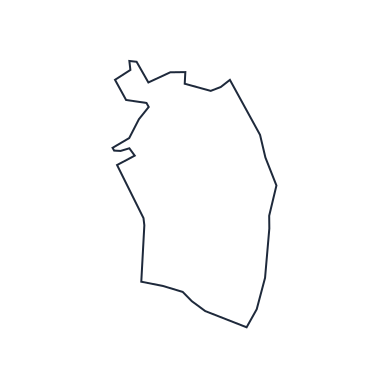 outline of Tibiri, Dosso, Niger, rotated 332°
{"feature_id": "23599985B22885280076406", "entity_name": "Tibiri", "entity_type": "district", "adm_level": 2, "iso_a3": "NER", "parent_name": "Niger", "parent_adm1": "Dosso", "projection": "orthographic", "projection_center": [3.884, 13.094], "detail": "fine", "context": "isolated", "style": "outline", "palette": "slate", "viewbox_px": 384, "rotation_deg": 332, "n_neighbors": 0, "source": "geoboundaries", "source_scale": "gbopen_adm2", "svg_char_len": 611}
<svg xmlns="http://www.w3.org/2000/svg" viewBox="0 0 384 384"><g transform="rotate(332 192 192)"><path d="M138.5,133.0L136.9,192.3L134.3,199.0L105.1,247.4L122.3,261.4L136.9,275.9L140.6,288.4L147.8,303.4L176.7,337.1L194.1,325.9L216.2,302.1L243.1,260.6L249.0,249.2L269.6,225.9L273.0,196.0L278.9,173.5L278.1,110.8L266.7,112.8L256.0,111.5L236.4,93.0L242.4,83.0L229.0,76.1L204.9,74.8L204.2,51.0L198.2,46.9L194.9,55.3L176.7,56.8L177.0,79.8L193.6,92.0L193.7,96.6L179.3,102.8L161.9,114.9L142.6,115.7L142.7,118.9L148.2,122.2L157.2,124.0L158.5,133.0L138.5,133.0Z" fill="none" stroke="#1e293b" stroke-width="2"/></g></svg>